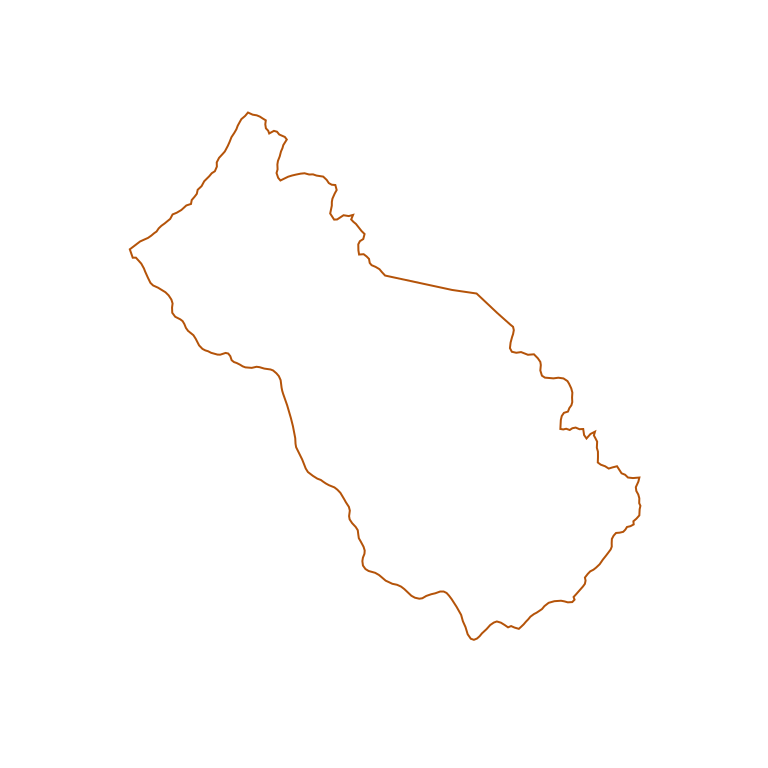 Santo Antônio do Aracanguá, São Paulo, Brazil (Robinson projection), rotated 19°
{"feature_id": "56859067B10585150578683", "entity_name": "Santo Antônio do Aracanguá", "entity_type": "district", "adm_level": 2, "iso_a3": "BRA", "parent_name": "Brazil", "parent_adm1": "São Paulo", "projection": "robinson", "projection_center": [-50.558, -20.868], "detail": "fine", "context": "isolated", "style": "outline", "palette": "amber", "viewbox_px": 768, "rotation_deg": 19, "n_neighbors": 0, "source": "geoboundaries", "source_scale": "gbopen_adm2", "svg_char_len": 4556}
<svg xmlns="http://www.w3.org/2000/svg" viewBox="0 0 768 768"><g transform="rotate(19 384 384)"><path d="M580.5,573.7L583.0,571.5L586.7,571.8L591.2,571.6L592.8,568.7L594.3,565.8L595.6,562.5L597.0,559.5L598.2,556.3L600.7,552.7L602.7,550.6L604.7,548.0L606.7,545.3L608.0,541.8L610.9,537.3L615.8,533.9L621.9,531.3L625.3,530.8L628.9,530.6L633.0,528.9L634.4,525.9L632.6,523.7L634.3,519.8L636.1,515.4L638.0,510.8L639.0,507.6L638.6,504.3L637.0,501.6L638.5,497.2L640.0,494.0L642.5,491.4L644.3,488.6L646.6,484.2L648.1,478.8L649.6,474.6L651.0,470.4L652.2,466.6L652.3,463.6L651.1,460.4L649.9,456.3L650.5,452.6L651.9,449.3L655.3,447.8L658.3,445.9L659.6,443.2L660.3,440.1L663.3,438.2L665.8,435.5L664.5,432.6L666.5,429.2L668.2,425.1L666.5,419.2L666.1,415.7L664.1,413.6L662.6,408.9L660.4,405.7L657.4,403.0L655.7,399.6L656.3,393.5L655.9,389.3L650.0,391.9L645.1,393.0L641.5,391.3L637.7,391.1L631.1,385.9L627.0,388.6L624.0,390.8L619.9,389.8L615.2,389.7L611.7,388.6L610.1,383.4L608.3,378.3L606.0,375.0L604.3,369.1L601.5,366.4L599.2,364.3L599.0,360.4L595.5,364.0L593.2,369.6L589.8,367.1L587.0,361.7L583.5,363.1L579.4,362.8L576.5,364.5L574.6,367.0L570.8,367.0L568.3,368.6L565.4,369.1L564.5,366.0L562.9,360.4L562.5,356.4L563.5,352.7L566.9,350.2L567.1,346.4L568.1,343.1L567.9,339.8L566.2,335.5L564.9,330.8L562.5,327.2L558.9,323.5L556.5,321.5L551.9,320.3L546.8,321.3L542.4,323.5L537.6,324.7L534.1,325.6L530.6,324.7L527.4,320.3L526.1,315.0L524.6,312.2L521.1,309.6L516.1,307.1L510.6,309.5L503.2,309.2L498.9,311.4L494.4,311.9L491.4,309.1L490.2,303.6L489.8,297.9L489.8,294.8L489.2,290.8L487.4,287.9L484.3,286.8L468.0,280.0L442.1,268.3L417.8,272.9L349.7,281.1L345.6,278.9L342.3,276.9L337.9,276.0L333.6,275.7L331.1,274.2L329.1,270.6L326.1,269.1L322.5,267.9L318.3,269.7L316.3,266.0L314.2,260.3L314.7,256.8L317.2,253.7L316.8,248.5L313.0,246.7L305.4,241.8L302.2,240.6L299.4,239.1L299.7,234.2L296.0,236.7L290.8,237.6L286.1,243.7L283.3,244.8L277.6,240.3L276.6,232.4L275.4,228.8L274.9,225.6L275.4,219.9L276.1,216.0L273.2,211.7L269.7,212.6L266.4,212.0L263.4,209.7L259.0,207.7L256.2,208.2L252.3,208.9L248.6,208.9L245.0,210.3L240.3,210.6L236.8,212.2L232.7,214.6L229.2,216.8L225.9,219.2L223.2,221.9L219.8,225.3L216.8,223.5L213.7,219.5L213.5,215.7L211.7,211.1L211.1,207.6L211.3,202.8L210.9,197.7L211.2,194.0L211.0,190.9L212.5,184.5L209.8,182.7L203.7,182.2L200.7,180.3L197.5,180.5L193.9,184.5L192.0,182.2L189.1,180.7L187.2,177.1L186.4,173.2L182.7,172.4L179.6,171.6L176.2,171.4L172.1,172.1L167.0,171.6L165.4,175.8L162.9,180.0L162.2,183.9L161.6,187.4L161.5,191.2L160.7,195.3L159.4,200.3L159.2,205.3L158.8,209.7L157.8,216.0L156.6,218.9L154.4,223.9L153.7,228.9L155.2,232.9L154.8,237.9L152.5,240.8L151.1,244.5L148.0,250.8L147.1,256.3L144.6,261.0L145.1,265.1L143.9,268.7L142.3,272.7L142.9,276.6L139.0,279.5L135.7,285.5L132.3,289.5L128.9,292.5L128.1,297.5L126.1,300.7L124.4,303.5L122.0,306.9L120.3,310.2L119.3,313.9L117.6,316.2L115.7,319.4L113.3,322.7L110.6,325.2L107.0,328.6L99.8,339.4L105.3,346.4L108.3,345.3L115.3,349.2L119.4,352.9L121.5,355.4L126.1,360.3L130.2,364.4L133.6,366.0L139.0,366.5L147.5,368.4L151.5,370.3L155.5,373.4L157.9,376.7L158.7,380.7L160.6,385.6L164.7,388.4L170.4,389.2L173.1,390.1L175.7,392.3L178.5,395.5L181.5,397.6L187.9,399.9L191.3,402.6L196.6,407.7L200.9,409.9L204.1,410.4L207.0,410.3L210.4,410.8L217.0,410.4L219.6,409.6L224.1,406.2L226.8,405.9L229.6,407.7L232.2,411.1L235.0,412.1L237.8,412.1L241.5,412.6L244.6,413.3L247.5,413.4L253.7,411.8L257.9,409.2L260.9,408.6L265.8,408.4L272.0,407.2L274.7,407.3L278.8,408.9L282.0,410.8L285.0,414.0L288.4,420.9L290.0,423.6L291.8,426.1L299.4,435.7L307.1,446.6L311.6,453.5L317.7,464.1L319.8,469.3L321.5,472.4L331.2,482.0L334.8,486.2L337.5,489.4L340.7,492.0L346.7,494.0L351.8,495.2L355.5,495.3L358.4,496.2L361.4,497.0L364.9,497.6L370.8,497.9L374.3,499.1L378.2,501.1L384.1,506.1L386.3,508.1L388.6,509.9L390.8,511.6L392.9,514.8L394.0,520.3L395.6,523.2L399.1,525.9L403.8,528.4L406.8,530.8L408.6,534.5L410.4,538.0L413.4,540.6L417.7,544.6L420.0,547.8L420.8,550.9L420.6,555.1L421.2,558.5L423.2,562.5L426.7,565.0L430.3,565.8L437.1,565.4L441.4,566.2L444.3,567.3L449.6,569.4L453.5,569.8L456.9,570.2L461.7,569.6L466.1,570.0L470.0,571.3L478.8,575.3L482.8,576.0L487.3,575.5L490.0,574.1L493.0,570.6L497.1,567.4L500.6,565.2L504.7,561.9L508.0,560.8L511.2,561.2L514.3,562.9L518.0,565.4L522.3,568.8L525.1,571.0L532.1,577.2L535.8,582.6L540.2,587.3L544.6,593.4L549.0,596.6L552.3,596.6L554.8,594.4L556.5,591.4L557.8,587.9L560.8,582.3L562.9,577.3L565.5,573.8L568.0,571.8L572.2,571.6L576.6,572.6L580.5,573.7Z" fill="none" stroke="#b45309" stroke-width="2"/></g></svg>